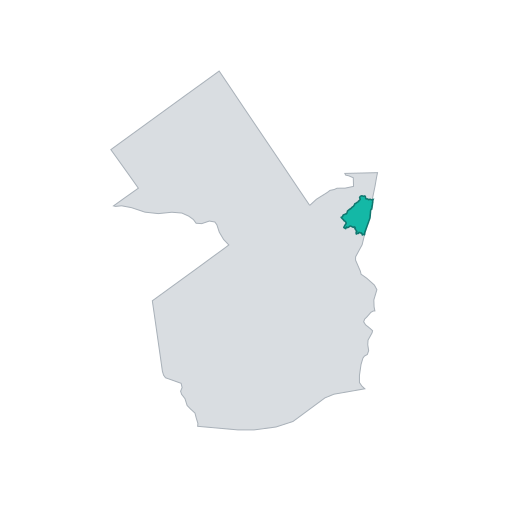 Morales, Izabal, Guatemala (highlighted), rotated 324°
{"feature_id": "79465075B97649712901036", "entity_name": "Morales", "entity_type": "district", "adm_level": 2, "iso_a3": "GTM", "parent_name": "Guatemala", "parent_adm1": "Izabal", "projection": "robinson", "projection_center": [-88.797, 15.422], "detail": "fine", "context": "in_parent", "style": "filled", "palette": "teal", "viewbox_px": 512, "rotation_deg": 324, "n_neighbors": 0, "source": "geoboundaries", "source_scale": "gbopen_adm2", "svg_char_len": 6059}
<svg xmlns="http://www.w3.org/2000/svg" viewBox="0 0 512 512"><g transform="rotate(324 256 256)"><path d="M108.7,359.5L110.6,357.3L112.3,352.3L114.3,347.2L113.1,341.3L112.4,336.5L114.7,329.6L114.5,324.3L115.5,321.1L118.9,319.0L120.6,315.0L111.2,301.3L111.2,298.1L112.5,294.3L120.3,279.6L129.5,262.2L139.7,242.9L145.8,231.3L168.0,231.3L182.7,231.3L201.4,231.3L221.7,231.2L235.0,231.2L240.5,231.1L239.5,223.6L240.3,215.2L242.7,207.7L242.7,204.3L238.8,200.3L231.1,197.9L226.8,194.3L226.8,189.7L225.0,184.2L221.3,177.7L213.6,171.1L201.9,164.3L191.9,155.2L183.7,143.7L176.8,136.4L171.5,133.3L170.2,131.7L185.9,131.8L200.7,132.0L200.9,115.6L201.0,101.0L201.1,84.6L228.0,84.6L260.1,84.6L293.4,84.6L319.5,84.7L334.9,84.7L334.2,105.1L333.3,128.7L332.7,146.1L331.9,169.2L331.1,192.9L329.9,225.2L329.2,246.1L329.6,246.6L338.3,245.6L351.3,246.5L354.4,246.4L358.4,248.2L361.4,248.8L368.0,253.5L375.8,257.0L380.7,249.9L378.1,245.5L376.1,243.3L376.4,241.4L403.3,260.0L400.1,262.9L393.3,269.5L380.9,280.8L369.8,291.0L359.1,300.2L349.5,308.4L348.4,309.3L336.1,315.2L334.1,317.9L331.5,329.6L330.3,332.5L332.5,339.0L334.7,349.1L334.0,354.3L325.5,360.8L321.6,366.6L319.9,370.3L318.4,369.4L315.8,369.1L309.8,370.5L306.9,370.9L304.4,372.5L304.2,376.1L305.8,382.0L306.4,385.0L304.7,386.4L297.2,389.9L294.3,393.4L291.5,398.8L288.2,401.1L284.8,400.7L282.4,401.5L277.2,405.5L269.5,413.4L265.3,419.2L265.2,423.5L266.0,427.4L237.8,413.6L228.4,411.3L188.7,411.6L171.7,406.1L152.3,395.6L139.2,386.1L108.7,359.5Z" fill="#d9dde1" stroke="#a8b0b8" stroke-width="1"/><path d="M347.7,274.8L347.7,275.0L347.6,275.3L347.6,275.5L347.7,275.8L347.7,276.1L347.7,276.3L347.8,276.5L347.8,276.8L347.9,277.0L347.9,277.8L348.0,277.9L348.1,278.0L348.1,278.3L348.0,278.7L348.0,278.8L348.0,279.0L348.0,279.4L348.2,279.6L348.3,279.9L348.4,280.1L348.6,281.2L348.6,281.4L348.5,281.7L348.4,281.9L348.3,282.1L348.3,282.4L348.1,282.5L347.9,282.6L347.8,282.8L347.6,282.8L347.2,283.0L346.6,283.1L346.4,283.2L346.2,283.4L346.0,283.5L345.8,283.5L345.7,283.6L345.4,283.7L345.1,283.8L344.7,284.0L343.9,284.4L343.8,284.5L343.8,284.8L343.9,285.0L344.1,285.0L344.2,285.4L344.3,285.5L344.3,286.0L344.5,286.5L344.8,286.6L345.0,286.4L345.2,286.2L345.5,286.2L346.0,285.9L346.3,285.9L346.3,286.0L346.6,286.6L346.7,286.8L346.9,286.9L347.2,287.0L347.3,287.0L347.8,287.1L348.2,287.1L348.6,287.1L348.8,287.1L349.4,287.0L349.7,287.1L350.1,287.3L350.4,287.7L350.5,288.0L350.7,288.4L350.8,288.6L351.1,289.1L351.3,289.6L351.6,290.0L352.3,290.0L352.5,290.1L352.9,290.6L352.9,290.8L352.8,291.0L352.6,291.3L352.4,291.5L352.2,291.7L352.2,291.8L352.3,291.9L352.6,292.0L352.4,292.3L352.2,292.4L352.1,292.5L352.0,292.8L352.0,293.2L352.0,293.4L352.1,293.9L352.1,294.3L352.1,295.0L352.1,295.3L351.9,295.4L351.8,295.5L351.6,295.4L351.3,295.4L351.2,295.4L351.0,295.5L350.9,295.7L350.7,296.1L350.4,296.6L350.2,296.7L350.1,296.9L350.1,297.2L350.2,297.3L350.3,297.3L351.1,297.3L351.3,297.4L351.6,297.5L352.0,297.9L352.4,297.9L352.6,297.7L352.8,297.4L353.0,297.4L353.2,297.5L353.3,297.5L353.5,297.7L353.6,297.8L353.8,298.0L353.9,298.3L354.0,298.6L354.3,298.9L354.3,299.1L354.5,299.3L354.8,299.3L354.9,299.7L354.8,299.9L354.7,300.0L354.8,300.5L354.7,300.7L354.5,301.0L354.4,301.3L354.4,301.5L354.5,301.6L354.9,301.6L355.1,301.6L355.3,301.5L355.5,301.5L355.8,301.9L355.9,302.0L356.0,302.3L356.1,302.5L356.3,302.5L356.3,302.4L356.6,302.1L357.2,301.6L357.4,301.4L357.6,301.1L357.8,300.9L358.0,300.8L358.5,300.5L358.7,300.3L358.8,300.3L359.2,300.0L359.5,299.8L359.6,299.7L359.8,299.6L360.0,299.5L360.2,299.3L360.5,299.1L360.7,298.9L360.8,298.9L361.0,298.8L361.2,298.6L361.4,298.5L361.5,298.4L361.8,298.2L362.1,298.0L362.3,297.9L362.5,297.8L362.7,297.6L363.0,297.4L363.2,297.2L363.5,297.1L364.1,296.6L364.6,296.3L364.8,296.2L365.1,296.0L365.2,295.9L365.3,295.8L365.7,295.6L365.8,295.5L366.0,295.3L366.5,295.1L366.7,294.9L367.0,294.7L367.5,294.3L367.9,294.0L368.6,293.6L370.0,292.6L370.3,292.4L370.6,292.2L371.3,291.4L371.5,291.1L371.9,290.8L372.0,290.5L372.2,290.4L372.3,290.3L372.3,290.2L372.5,290.0L372.6,289.8L372.9,289.6L373.2,289.2L373.3,289.1L373.6,288.8L373.7,288.7L373.8,288.5L374.3,287.9L374.5,287.8L374.5,287.7L374.8,287.3L374.9,287.2L375.0,287.1L375.3,286.8L375.7,286.4L376.1,286.2L376.3,286.1L376.5,285.9L376.8,285.8L377.1,285.9L377.2,286.0L377.4,285.8L377.6,285.5L377.9,285.4L378.2,285.2L378.3,285.1L378.5,284.7L378.8,284.5L378.9,284.4L378.8,284.2L379.0,283.8L379.2,283.7L379.3,283.7L379.5,283.7L380.0,283.3L380.5,282.7L381.0,282.2L381.5,281.6L381.6,281.4L381.8,281.4L381.9,281.1L382.0,281.1L382.3,280.8L382.8,280.2L383.2,279.8L383.3,279.6L383.8,279.3L384.1,279.1L383.9,279.0L383.5,278.9L383.4,278.8L382.8,278.7L382.6,278.6L382.3,278.3L382.2,278.1L382.1,277.9L382.0,277.5L381.7,277.2L381.3,277.0L381.2,276.9L380.6,276.9L380.2,276.7L380.0,276.3L380.0,275.7L379.9,275.5L379.7,275.3L379.5,275.2L379.3,275.0L379.2,275.0L378.9,274.7L378.7,274.5L378.6,274.4L378.6,274.0L378.8,273.5L378.9,273.3L379.3,272.5L379.4,271.9L379.4,271.5L379.3,271.4L379.2,271.3L379.1,271.2L378.8,271.1L378.4,271.0L378.1,270.9L377.8,270.5L377.7,270.4L377.6,270.2L377.3,269.8L376.9,269.4L376.5,269.3L375.8,269.1L375.4,269.1L375.1,269.3L374.7,269.3L374.3,269.5L374.1,269.7L374.0,269.9L373.9,270.5L373.8,271.1L373.6,271.4L373.4,271.6L372.7,271.6L371.6,272.0L371.4,272.0L371.2,271.8L370.7,272.1L370.3,272.2L370.1,272.2L369.8,272.1L369.3,272.0L368.3,272.1L367.9,272.1L367.4,271.9L367.0,271.9L366.8,271.8L366.5,271.9L366.1,272.2L366.0,272.3L365.9,272.4L365.7,272.4L365.6,272.5L365.0,272.7L364.9,272.8L364.6,272.9L364.4,273.0L364.0,273.1L363.6,273.1L363.1,273.0L362.8,273.1L362.7,273.0L362.2,273.0L361.8,273.1L361.5,273.3L361.3,273.4L360.7,273.4L360.5,273.2L360.2,273.1L359.9,273.2L359.6,273.5L359.4,273.5L359.3,273.4L359.1,273.3L359.0,273.2L358.6,273.2L357.8,273.3L357.2,273.3L356.5,273.4L356.4,273.4L355.9,273.9L355.4,274.2L355.3,274.3L354.7,274.7L354.4,274.9L353.7,275.0L353.6,274.9L353.3,274.6L352.8,274.6L351.3,274.2L350.8,274.1L350.5,274.2L350.3,274.2L349.4,274.9L349.0,274.9L348.3,275.0L348.1,274.9L347.7,274.8Z" fill="#14b8a6" stroke="#0f766e" stroke-width="1.5"/></g></svg>